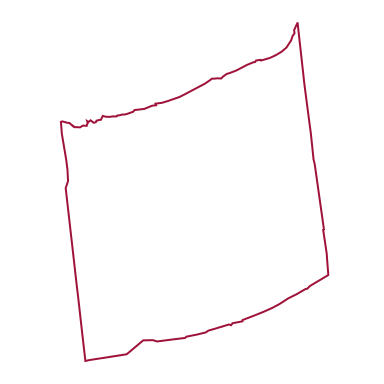 the district of Kiang Central, Lower River, Gambia, rotated 353°
{"feature_id": "56634734B95834842597723", "entity_name": "Kiang Central", "entity_type": "district", "adm_level": 2, "iso_a3": "GMB", "parent_name": "Gambia", "parent_adm1": "Lower River", "projection": "equal_earth", "projection_center": [-15.756, 13.406], "detail": "fine", "context": "isolated", "style": "outline", "palette": "rose", "viewbox_px": 384, "rotation_deg": 353, "n_neighbors": 0, "source": "geoboundaries", "source_scale": "gbopen_adm2", "svg_char_len": 1744}
<svg xmlns="http://www.w3.org/2000/svg" viewBox="0 0 384 384"><g transform="rotate(353 192 192)"><path d="M317.2,291.0L317.9,274.9L318.2,270.0L317.6,245.5L318.4,245.2L318.0,223.4L317.2,179.6L316.7,174.9L316.6,174.6L316.7,170.4L317.0,154.1L317.1,148.0L317.0,139.7L316.7,100.7L316.7,99.8L316.7,98.6L317.4,38.7L317.4,37.3L317.1,37.3L313.1,43.7L313.1,46.9L310.9,49.4L308.8,53.7L303.4,60.1L298.0,63.7L292.1,66.3L285.4,68.5L276.5,69.9L276.2,69.2L275.4,69.2L271.6,69.3L270.5,70.7L268.9,70.7L262.2,72.5L250.8,76.8L243.6,78.6L240.9,79.0L237.1,81.1L234.7,82.9L230.6,82.2L227.9,82.2L225.5,81.9L224.1,82.9L217.7,86.2L213.9,87.6L207.3,90.1L202.6,91.9L195.0,94.8L191.0,96.2L178.9,98.8L173.2,99.8L166.5,99.9L166.9,101.5L166.7,101.5L162.9,101.5L154.9,103.7L154.4,103.7L148.7,103.7L144.9,103.7L143.5,105.1L137.1,106.6L134.6,106.9L132.2,106.6L129.5,107.0L127.1,107.0L126.5,107.7L125.7,107.7L124.7,107.7L123.0,107.3L119.3,107.4L115.2,106.7L112.8,105.6L110.4,109.2L108.2,109.2L107.4,109.5L106.0,109.5L105.0,111.0L102.8,111.3L100.1,108.5L97.7,109.9L96.6,108.9L96.9,111.0L96.1,112.1L95.5,113.5L91.8,112.8L88.8,114.2L85.0,113.5L83.7,113.5L81.2,111.1L81.2,111.4L78.8,108.6L76.9,108.2L71.8,106.1L70.4,106.5L70.4,107.2L69.9,118.4L71.1,145.0L71.1,155.0L70.3,166.0L67.1,172.8L66.6,230.0L66.2,271.2L66.2,280.6L65.8,319.9L65.6,345.1L65.6,346.7L69.7,346.3L107.4,345.1L108.0,344.7L125.5,333.3L135.2,334.3L139.2,336.1L151.9,336.0L167.3,336.0L168.9,334.9L174.2,334.5L179.7,334.1L185.6,333.4L188.8,333.0L191.3,331.6L196.9,330.7L212.6,328.0L214.5,329.0L216.3,327.2L226.3,326.5L226.7,325.2L236.0,322.9L248.2,319.7L257.6,316.8L265.1,313.9L274.6,309.3L280.8,307.1L282.9,306.4L292.9,302.1L294.5,302.1L297.7,299.6L317.2,291.0Z" fill="none" stroke="#9f1239" stroke-width="2"/></g></svg>